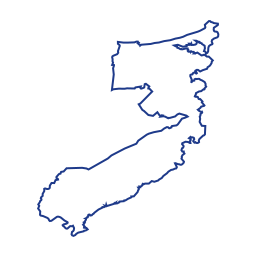 Western Area Urban, Western, Sierra Leone, rotated 92°
{"feature_id": "65957751B7442620669158", "entity_name": "Western Area Urban", "entity_type": "district", "adm_level": 2, "iso_a3": "SLE", "parent_name": "Sierra Leone", "parent_adm1": "Western", "projection": "equal_earth", "projection_center": [-13.216, 8.449], "detail": "fine", "context": "isolated", "style": "outline", "palette": "blue", "viewbox_px": 256, "rotation_deg": 92, "n_neighbors": 0, "source": "geoboundaries", "source_scale": "gbopen_adm2", "svg_char_len": 5644}
<svg xmlns="http://www.w3.org/2000/svg" viewBox="0 0 256 256"><g transform="rotate(92 128 128)"><path d="M228.1,180.4L227.6,179.6L229.9,178.4L231.9,178.6L233.0,179.2L233.8,180.3L236.2,180.7L237.2,180.1L237.7,178.7L236.8,176.9L235.7,176.1L234.3,174.1L232.8,168.7L232.3,168.4L231.8,166.5L230.7,164.8L229.4,166.0L229.2,167.8L228.6,167.3L228.0,167.9L228.1,168.4L227.5,168.3L226.3,169.4L226.0,168.9L224.5,168.3L224.3,168.4L224.6,168.9L224.1,169.0L223.9,168.0L223.4,168.2L223.2,167.8L222.9,167.9L221.1,166.8L219.9,166.8L219.8,167.2L218.7,165.2L218.0,165.4L217.7,164.9L216.2,164.6L215.8,163.8L216.0,163.1L216.8,162.7L216.5,161.2L215.2,160.1L215.0,159.5L213.9,158.7L210.5,154.6L208.4,150.7L207.9,150.7L207.9,149.2L207.4,148.3L207.0,148.0L206.6,148.3L206.9,147.4L205.5,147.1L206.6,146.7L206.7,146.3L204.5,140.0L203.3,138.5L203.5,138.2L203.2,137.8L204.0,138.1L203.6,135.8L202.7,134.7L202.6,134.1L201.8,133.9L201.3,129.7L200.6,129.6L200.2,130.0L200.6,129.0L200.5,128.1L198.8,125.6L197.2,122.3L196.7,121.9L196.3,122.1L196.1,119.8L191.7,116.2L189.8,115.7L189.1,115.1L188.1,115.1L187.2,115.7L187.1,114.5L186.6,114.5L186.6,114.1L186.1,114.4L186.1,113.5L185.3,112.1L183.7,110.9L183.5,111.4L183.2,111.2L183.6,110.2L183.0,109.1L182.8,105.2L180.2,102.4L180.8,99.8L179.4,96.0L178.4,95.1L176.8,92.5L174.7,91.0L171.9,87.5L170.2,86.1L168.4,83.5L168.0,81.7L167.0,79.7L166.7,78.4L165.4,77.8L161.6,79.8L161.5,79.3L162.4,76.8L162.4,75.8L162.9,74.4L162.8,73.3L162.2,72.4L160.7,71.1L159.7,70.9L156.8,73.5L155.5,73.1L154.7,73.3L153.2,72.6L151.6,70.7L150.2,71.6L149.6,71.5L149.6,72.9L148.3,73.8L146.4,73.3L145.8,72.3L144.6,71.8L143.9,71.9L142.2,73.4L141.3,73.2L139.7,70.0L139.9,67.5L140.8,65.6L140.8,65.1L138.8,65.6L138.2,65.0L137.0,64.9L136.1,66.7L134.7,65.2L135.1,64.8L135.1,63.1L135.5,61.9L136.8,61.4L138.8,62.4L140.3,61.1L139.8,60.1L140.5,59.4L140.6,58.3L140.2,57.1L139.6,56.5L137.9,56.8L136.5,56.2L133.0,52.7L132.6,51.7L131.7,50.9L123.3,50.8L123.2,54.3L119.4,56.6L116.3,56.2L114.0,56.7L113.2,56.1L111.5,56.1L110.4,54.7L109.7,54.4L109.1,54.7L109.5,55.4L108.1,58.0L107.7,58.4L107.1,58.0L107.0,58.4L105.4,56.4L104.1,55.6L103.2,52.7L102.8,52.4L99.8,55.1L98.9,54.5L96.9,56.5L96.5,57.0L96.7,57.7L96.5,58.4L94.6,59.3L94.4,59.9L94.5,61.2L94.1,62.3L93.1,62.0L92.4,61.4L90.8,61.3L89.0,58.3L88.6,56.1L87.0,54.3L86.8,53.1L86.2,52.4L86.6,53.6L83.9,51.3L82.9,52.0L81.2,52.0L79.4,53.0L77.9,55.6L77.2,57.5L76.5,58.3L76.4,59.1L76.7,61.4L76.5,61.9L76.8,62.9L77.1,63.3L78.3,63.4L78.6,64.9L79.9,66.0L79.8,66.3L77.4,66.0L74.0,67.6L72.8,67.5L72.2,66.4L72.2,65.5L70.6,64.7L70.3,63.4L70.6,62.2L71.0,62.1L71.2,61.6L70.8,61.1L69.6,61.7L69.3,62.9L68.4,62.7L67.5,61.3L67.5,60.0L69.0,57.9L67.6,55.3L66.0,51.0L64.5,50.6L63.2,48.7L62.2,47.9L60.1,46.7L58.7,46.6L57.5,45.6L53.8,49.8L53.9,51.6L52.8,53.2L52.3,53.1L52.5,53.4L52.2,53.9L52.3,55.3L52.6,55.6L52.9,57.1L50.2,61.3L50.8,62.8L50.7,63.5L51.2,63.6L51.2,64.6L50.8,64.2L49.6,65.0L49.7,66.7L49.1,67.5L49.2,68.1L49.5,68.2L49.3,68.3L49.4,69.3L49.7,69.7L49.5,70.5L49.0,70.9L48.8,70.6L47.6,70.5L47.3,71.2L46.4,71.2L46.3,72.2L47.5,76.5L47.5,77.0L47.2,77.3L47.4,78.4L46.3,80.3L46.1,81.5L44.8,81.9L44.7,83.2L43.9,84.7L43.1,81.1L44.9,75.9L44.0,72.2L43.0,72.4L42.8,69.9L41.8,70.1L42.0,69.5L41.6,69.1L42.5,68.5L42.6,67.9L41.9,67.6L42.8,67.4L42.7,65.5L42.2,63.4L41.4,62.5L40.0,62.1L39.0,62.7L38.4,63.6L38.4,62.8L39.3,60.7L39.4,59.7L40.1,59.9L40.4,59.3L40.7,57.4L41.4,57.1L43.1,54.3L45.7,53.9L48.5,54.7L48.6,54.0L49.9,52.6L50.9,52.8L50.1,51.3L48.7,50.6L45.1,50.5L43.4,50.0L42.1,48.5L41.3,46.7L40.6,46.5L38.7,47.4L37.2,47.1L35.6,45.2L34.2,41.8L33.2,41.1L31.1,41.0L29.3,41.8L28.7,42.6L28.5,44.7L28.1,45.3L26.9,45.8L24.8,45.7L22.2,42.1L21.7,41.7L20.6,41.8L20.1,46.2L19.6,46.8L19.1,48.9L18.4,49.5L18.3,50.8L22.2,54.8L24.6,54.2L25.6,54.7L28.3,59.4L29.3,61.6L32.9,72.2L34.9,76.1L36.0,79.3L37.0,83.7L38.8,88.9L39.9,94.9L41.5,100.1L42.1,104.3L43.2,108.2L44.3,117.6L45.2,118.7L44.4,118.9L44.0,120.2L43.5,120.3L43.0,121.1L42.3,120.3L41.9,121.0L41.3,121.2L41.4,122.7L42.2,124.6L42.7,131.8L42.8,135.7L42.3,141.1L44.2,141.0L45.4,139.4L46.2,139.1L51.5,140.7L53.1,140.4L54.6,141.4L56.3,145.2L57.0,146.1L57.9,146.3L59.7,145.8L61.9,145.8L63.2,145.2L65.5,146.0L65.5,144.3L66.1,144.2L68.8,145.0L75.0,144.1L90.6,145.4L89.8,144.0L89.0,138.5L88.9,132.8L88.4,130.4L88.3,122.7L87.2,122.0L86.1,116.7L87.3,117.2L88.2,116.3L87.7,114.7L86.9,113.2L83.6,112.8L83.2,111.7L85.7,108.2L86.7,108.9L87.8,109.1L88.0,107.9L90.7,105.1L103.1,116.5L103.9,118.1L109.4,114.3L110.4,112.6L114.3,108.1L115.0,103.4L111.2,99.2L114.8,96.5L114.1,94.8L114.2,94.1L115.4,95.3L115.0,93.0L115.4,91.1L116.8,88.3L116.5,88.1L116.5,86.7L114.8,81.3L112.7,79.1L111.8,77.2L113.6,70.0L114.5,68.8L115.8,71.5L116.8,74.4L122.6,78.3L123.7,79.6L124.5,84.1L125.1,84.6L125.9,84.6L126.8,86.5L126.8,86.9L125.8,88.1L125.8,89.3L127.3,91.9L129.6,94.6L131.3,102.1L132.9,106.9L134.0,109.0L140.3,117.3L143.4,119.1L148.6,130.5L156.0,143.6L159.2,147.1L170.8,166.0L169.9,168.1L169.4,172.5L170.4,188.0L173.7,190.8L174.2,193.3L176.0,193.9L176.2,195.0L176.7,195.6L179.4,197.8L180.3,197.8L181.5,196.2L182.0,196.1L182.6,198.6L185.6,199.8L185.6,202.5L188.3,204.1L190.5,204.1L191.3,204.7L191.7,205.6L191.8,206.8L191.3,208.8L191.7,209.6L194.0,209.5L196.8,211.0L198.8,210.9L200.3,212.4L201.3,212.7L202.2,212.0L203.2,212.2L204.0,213.2L205.3,213.6L207.5,215.0L208.9,214.0L211.6,215.0L214.4,212.8L217.8,212.9L218.5,212.3L219.0,209.7L220.6,205.6L221.4,204.4L223.0,203.6L223.7,202.9L223.4,201.3L219.3,196.0L219.0,194.9L219.3,193.2L219.9,191.9L222.7,188.2L224.2,185.2L224.8,185.0L225.7,186.0L226.6,189.0L227.4,189.9L228.0,189.6L228.5,188.7L230.3,186.9L230.7,186.1L230.6,185.0L228.1,182.4L228.1,180.4Z" fill="none" stroke="#1e3a8a" stroke-width="2"/></g></svg>